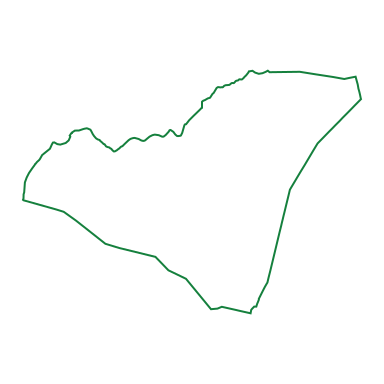 Yogana, Oaxaca, Mexico
{"feature_id": "50627088B88904238458038", "entity_name": "Yogana", "entity_type": "district", "adm_level": 2, "iso_a3": "MEX", "parent_name": "Mexico", "parent_adm1": "Oaxaca", "projection": "robinson", "projection_center": [-96.801, 16.439], "detail": "fine", "context": "isolated", "style": "outline", "palette": "green", "viewbox_px": 384, "rotation_deg": 0, "n_neighbors": 0, "source": "geoboundaries", "source_scale": "gbopen_adm2", "svg_char_len": 2867}
<svg xmlns="http://www.w3.org/2000/svg" viewBox="0 0 384 384"><path d="M355.6,76.7L349.4,77.9L344.3,79.0L333.1,77.0L315.5,74.3L299.8,71.8L276.7,72.1L269.6,72.2L267.8,70.7L265.6,71.9L262.5,73.2L258.8,73.8L255.1,72.6L252.5,70.8L249.0,71.4L248.9,71.4L248.4,72.5L246.1,75.4L244.5,76.9L243.5,78.1L242.0,79.4L241.3,79.5L240.5,79.4L239.6,79.3L239.0,79.5L238.2,80.3L237.8,80.5L236.5,80.7L236.0,80.9L235.5,81.3L234.2,82.8L233.7,83.1L232.3,83.0L232.1,83.0L231.5,83.2L230.7,83.8L229.7,84.7L229.3,84.9L227.3,85.1L225.7,85.2L224.4,85.7L224.0,86.0L223.0,87.1L222.5,87.3L221.8,87.2L220.7,87.4L219.8,87.3L218.1,87.1L217.6,87.3L216.6,88.0L213.7,92.9L212.5,93.9L210.2,97.5L209.9,97.8L207.8,98.4L204.9,100.1L203.3,100.7L202.1,101.6L202.0,101.9L202.0,107.7L201.8,107.7L199.9,109.7L196.0,113.5L193.7,115.7L189.2,120.2L186.1,124.2L185.1,124.3L184.4,125.2L182.2,132.9L180.9,135.5L180.2,135.8L178.0,136.1L176.9,135.9L175.2,134.4L174.4,133.3L173.4,131.9L170.6,130.0L169.6,130.2L168.6,131.8L165.7,135.0L163.6,136.6L162.2,136.7L158.8,135.2L155.4,134.7L154.3,134.7L152.4,135.2L149.6,136.6L147.3,138.5L145.1,140.4L143.8,140.9L142.5,140.8L141.2,140.4L138.7,139.0L135.0,138.0L134.2,137.9L132.6,138.2L130.5,138.9L128.6,140.2L124.7,143.9L122.4,146.2L121.4,146.5L120.7,147.0L119.2,148.5L118.0,149.3L116.8,150.3L114.8,151.4L113.7,151.4L112.2,150.0L111.3,148.8L110.3,148.4L109.4,147.5L107.4,147.0L106.1,146.4L104.5,144.2L103.7,144.1L102.1,142.5L100.0,140.7L99.6,140.0L97.9,139.5L96.1,138.4L94.1,136.1L92.7,134.0L91.3,131.2L90.4,129.7L87.8,128.6L86.8,128.3L84.6,128.7L83.1,129.1L79.0,130.5L74.9,130.6L72.0,132.5L72.0,133.0L71.2,133.3L71.0,133.6L70.1,135.1L69.7,135.6L70.3,136.7L68.7,140.4L65.7,143.0L60.3,144.6L57.3,144.1L54.3,142.4L52.9,142.6L51.8,144.6L50.7,147.1L49.9,148.8L42.2,155.0L40.0,158.9L39.2,160.0L37.0,162.0L35.5,163.9L35.0,164.2L34.9,164.6L34.5,165.2L32.3,168.2L29.0,173.0L26.7,177.5L24.9,182.4L24.2,192.3L23.6,194.3L23.5,198.4L23.0,199.8L23.6,200.3L23.9,200.4L56.3,209.5L63.7,211.8L76.0,220.6L105.4,243.8L119.2,248.0L155.5,256.9L156.8,258.3L157.9,259.4L168.4,270.3L186.0,278.8L186.4,279.3L211.0,309.2L217.5,308.6L221.8,306.8L231.2,308.9L236.1,310.0L238.6,310.6L250.6,313.3L251.2,309.9L252.0,308.9L254.2,306.6L256.3,306.6L257.1,304.0L258.7,300.1L258.9,299.6L258.8,298.9L262.5,291.5L264.7,287.2L266.7,283.7L267.4,282.6L268.6,277.5L270.2,271.2L273.0,259.6L277.9,239.2L279.7,231.7L281.2,225.7L281.6,223.9L282.0,222.2L282.8,219.0L283.5,216.0L284.5,212.0L286.0,205.8L287.0,201.7L289.0,193.5L289.9,189.7L290.2,189.2L291.3,187.3L294.7,181.6L297.6,176.7L300.9,171.2L304.7,165.0L313.6,150.0L317.6,143.4L322.5,138.4L329.4,131.3L332.4,128.3L335.2,125.4L339.8,120.8L342.6,117.8L347.0,113.4L352.1,108.2L354.9,105.3L356.4,103.8L361.0,99.1L360.8,98.6L360.6,97.6L360.2,95.6L359.8,93.8L359.3,91.7L358.4,88.5L358.3,87.8L357.7,84.4L356.7,80.8L355.6,76.7Z" fill="none" stroke="#15803d" stroke-width="2"/></svg>